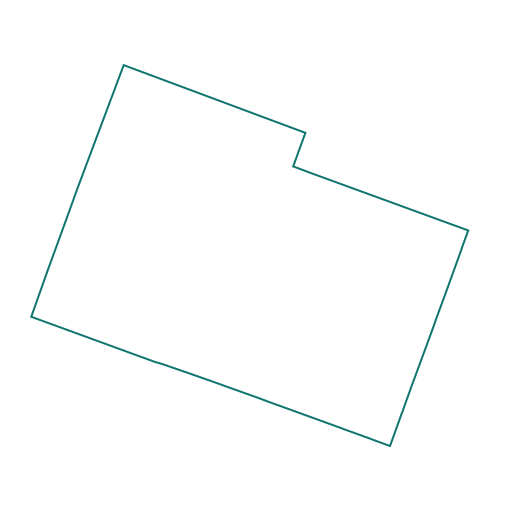 Laramie, Wyoming, United States of America (Equal Earth projection), rotated 20°
{"feature_id": "52423323B58782875527199", "entity_name": "Laramie", "entity_type": "district", "adm_level": 2, "iso_a3": "USA", "parent_name": "United States of America", "parent_adm1": "Wyoming", "projection": "equal_earth", "projection_center": [-104.384, 41.327], "detail": "fine", "context": "isolated", "style": "outline", "palette": "teal", "viewbox_px": 512, "rotation_deg": 20, "n_neighbors": 0, "source": "geoboundaries", "source_scale": "gbopen_adm2", "svg_char_len": 733}
<svg xmlns="http://www.w3.org/2000/svg" viewBox="0 0 512 512"><g transform="rotate(20 256 256)"><path d="M66.4,121.9L65.1,254.3L65.2,274.9L65.2,341.8L65.6,390.0L72.0,390.0L72.5,390.0L169.5,390.1L197.0,390.1L205.0,389.6L222.6,389.3L252.8,388.9L276.7,388.8L308.6,388.6L317.7,388.7L396.6,388.6L397.6,388.7L424.9,388.6L430.9,388.7L436.6,388.7L442.6,388.7L446.9,388.7L446.9,382.4L446.9,381.9L446.8,352.7L446.9,352.4L446.8,346.4L446.8,342.6L446.7,325.1L446.9,277.0L446.9,275.9L446.9,260.3L446.9,258.4L446.8,254.5L446.9,229.0L446.9,223.1L446.9,219.0L446.8,179.1L446.7,176.5L446.7,169.7L446.7,168.8L446.7,164.1L446.7,159.4L422.3,159.4L279.1,159.3L260.3,159.1L260.3,123.4L66.4,121.9Z" fill="none" stroke="#0f766e" stroke-width="2"/></g></svg>